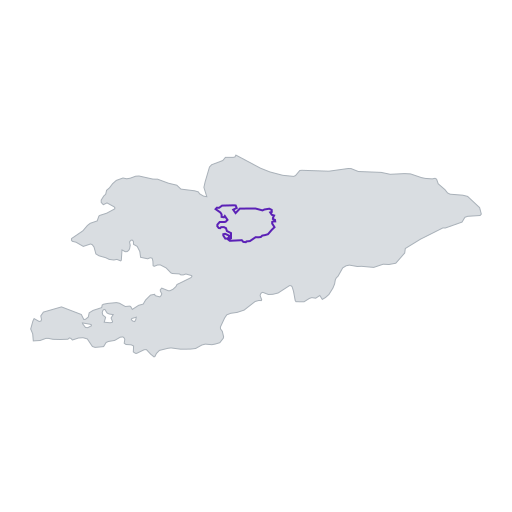 Jumgal, Naryn, Kyrgyzstan shown in context
{"feature_id": "92254566B27312472706206", "entity_name": "Jumgal", "entity_type": "district", "adm_level": 2, "iso_a3": "KGZ", "parent_name": "Kyrgyzstan", "parent_adm1": "Naryn", "projection": "robinson", "projection_center": [74.373, 41.867], "detail": "fine", "context": "in_parent", "style": "outline", "palette": "violet", "viewbox_px": 512, "rotation_deg": 0, "n_neighbors": 0, "source": "geoboundaries", "source_scale": "gbopen_adm2", "svg_char_len": 4601}
<svg xmlns="http://www.w3.org/2000/svg" viewBox="0 0 512 512"><path d="M102.2,305.0L103.6,304.2L107.9,303.4L116.5,302.6L119.4,303.2L125.3,306.5L129.8,306.1L130.7,306.6L132.3,309.4L138.7,305.3L143.2,304.1L145.6,300.0L150.5,295.1L154.7,294.3L154.8,295.1L155.6,295.8L159.8,296.9L161.1,295.6L161.8,293.8L160.3,291.0L160.3,289.8L161.7,288.1L168.5,290.8L170.0,290.7L173.1,289.2L175.9,286.6L177.0,284.5L190.9,277.7L191.9,276.5L191.7,275.6L185.9,274.0L183.3,274.9L180.8,274.9L179.4,273.9L172.3,273.5L170.8,272.8L166.1,267.9L160.3,264.9L157.5,265.0L154.2,266.3L153.1,265.7L152.9,261.1L152.2,258.3L150.3,257.7L147.7,258.8L140.6,257.3L139.8,251.5L137.2,246.4L133.5,244.3L133.4,241.3L132.1,240.0L130.9,240.3L129.5,241.9L130.2,245.3L129.6,248.7L128.7,250.4L127.1,251.6L125.2,251.7L122.0,249.9L121.3,260.2L120.7,260.9L116.9,259.4L113.8,260.0L109.2,259.4L105.7,257.7L99.0,255.8L95.9,253.9L94.0,247.0L92.2,244.6L90.5,244.0L83.3,246.4L76.0,242.2L72.3,241.3L71.4,240.1L71.6,238.5L82.9,230.8L87.4,225.5L90.2,223.3L97.2,220.9L98.9,216.1L99.5,215.5L106.7,213.2L114.7,208.9L114.9,207.8L114.1,206.8L107.0,202.9L103.3,204.7L101.2,202.4L101.2,200.1L103.7,196.1L105.7,194.2L106.6,190.3L109.5,187.8L112.6,183.7L116.3,180.4L123.0,178.0L126.7,178.8L130.2,178.2L135.7,176.2L139.0,176.0L152.9,179.1L157.6,179.2L168.4,183.2L176.8,185.2L180.9,189.1L194.6,190.8L198.3,191.9L199.6,193.8L203.5,196.1L206.8,196.7L203.9,187.4L205.1,182.0L209.5,167.0L211.7,164.7L222.8,160.5L225.4,157.4L233.3,157.4L235.0,156.9L235.9,155.1L260.5,168.2L269.8,171.9L282.7,175.3L293.6,176.4L295.5,175.6L299.8,170.5L301.9,170.3L328.9,171.2L348.3,168.5L351.1,168.6L358.3,171.5L381.2,172.4L390.2,174.3L404.5,173.6L410.5,173.9L421.4,177.6L425.2,178.4L432.3,178.9L435.0,178.3L436.6,179.2L438.2,183.8L445.0,189.7L447.5,192.9L450.1,194.2L462.8,195.2L467.6,196.4L479.6,207.6L481.3,214.1L480.1,215.5L467.7,216.3L464.9,217.3L462.0,222.1L445.3,228.0L442.9,227.9L420.6,239.1L405.3,248.5L404.7,253.0L395.8,263.2L389.0,264.5L383.2,264.2L373.7,267.4L361.5,266.3L357.4,266.5L349.4,265.1L346.1,265.8L342.7,267.9L338.1,276.1L336.2,278.0L335.3,279.9L334.6,283.9L332.9,288.1L328.9,294.5L325.5,297.5L322.3,299.4L319.8,295.5L315.7,298.2L311.8,297.6L309.4,298.4L304.0,301.8L296.0,301.7L295.2,300.5L293.5,291.2L292.1,286.7L291.0,285.7L289.5,285.6L278.1,293.0L272.8,294.3L268.4,294.5L262.7,292.3L261.4,292.9L260.5,294.1L260.1,295.6L261.7,299.7L261.3,300.6L258.7,300.5L255.1,301.5L244.1,310.1L237.1,312.4L230.7,313.3L226.8,314.8L224.6,318.0L220.4,327.0L220.5,328.9L222.3,331.3L223.6,336.8L223.3,338.2L219.8,342.7L215.4,344.0L211.9,344.7L205.3,344.1L201.9,345.0L195.6,348.5L190.4,349.1L180.6,349.2L171.0,347.9L167.9,348.3L159.4,350.4L156.4,353.5L154.9,356.5L154.0,356.9L150.7,354.2L146.4,349.6L144.2,349.7L136.6,353.4L135.4,353.3L133.3,351.9L133.6,346.0L131.2,344.8L126.0,344.5L124.2,343.2L124.8,339.4L124.2,338.0L122.9,336.9L120.2,337.2L114.7,340.4L108.3,341.5L106.1,342.5L103.6,346.6L95.1,347.4L92.4,346.5L87.3,338.9L83.0,337.7L78.5,338.0L72.4,340.0L70.9,338.4L69.4,337.9L67.9,339.2L60.5,339.5L52.9,339.3L48.6,338.4L45.8,338.4L40.1,340.5L33.3,340.9L32.7,333.8L30.7,329.0L32.9,321.1L34.1,318.6L39.2,321.5L41.0,321.0L41.5,319.5L40.8,315.9L43.4,312.1L61.5,306.9L81.3,314.5L83.8,319.5L85.5,319.3L88.3,317.0L89.2,312.8L93.1,310.4L101.7,307.6L102.2,305.0ZM112.2,322.4L112.6,321.7L111.1,318.0L113.2,314.6L109.2,314.0L107.1,313.0L104.9,309.5L104.1,309.4L102.9,310.3L102.2,312.6L102.8,315.0L105.6,317.3L104.2,322.2L110.1,322.8L112.2,322.4ZM91.4,325.8L91.3,324.7L89.9,324.2L82.4,322.9L82.7,323.9L85.5,327.5L87.7,327.7L91.4,325.8ZM135.8,319.5L136.3,317.2L131.8,318.5L131.3,319.7L132.8,321.1L134.7,321.6L135.8,319.5Z" fill="#d9dde1" stroke="#a8b0b8" stroke-width="1"/><path d="M219.7,222.0L217.4,224.6L217.3,226.2L218.7,228.0L220.2,228.2L221.2,227.1L223.9,227.1L226.0,228.2L226.9,231.0L231.0,233.1L231.0,238.3L229.9,238.9L228.3,237.8L229.0,237.0L229.0,235.6L225.1,233.8L223.3,234.2L223.3,235.5L225.3,238.6L227.0,238.6L229.8,240.8L241.8,240.2L243.3,241.9L245.8,242.2L246.5,241.4L249.9,241.1L255.6,237.2L258.5,237.3L260.8,237.0L262.2,235.6L265.0,235.1L268.0,234.2L271.9,229.7L274.5,227.2L272.3,223.7L272.2,223.6L272.2,222.1L272.2,221.9L273.3,221.4L275.2,221.4L275.0,219.9L272.9,219.0L273.0,217.7L274.1,215.5L271.8,214.8L270.2,212.4L271.8,211.9L271.7,209.9L269.3,208.7L264.4,209.5L262.5,210.4L255.4,208.5L239.8,208.6L235.6,213.1L233.2,209.7L236.7,208.0L235.7,205.5L234.1,205.3L222.1,205.6L219.1,207.8L216.9,207.7L215.6,209.1L220.4,212.5L221.6,214.4L221.6,216.9L223.9,217.3L224.8,216.0L227.5,219.9L225.6,221.8L225.1,221.8L224.6,222.0L219.7,222.0Z" fill="none" stroke="#5b21b6" stroke-width="2"/></svg>